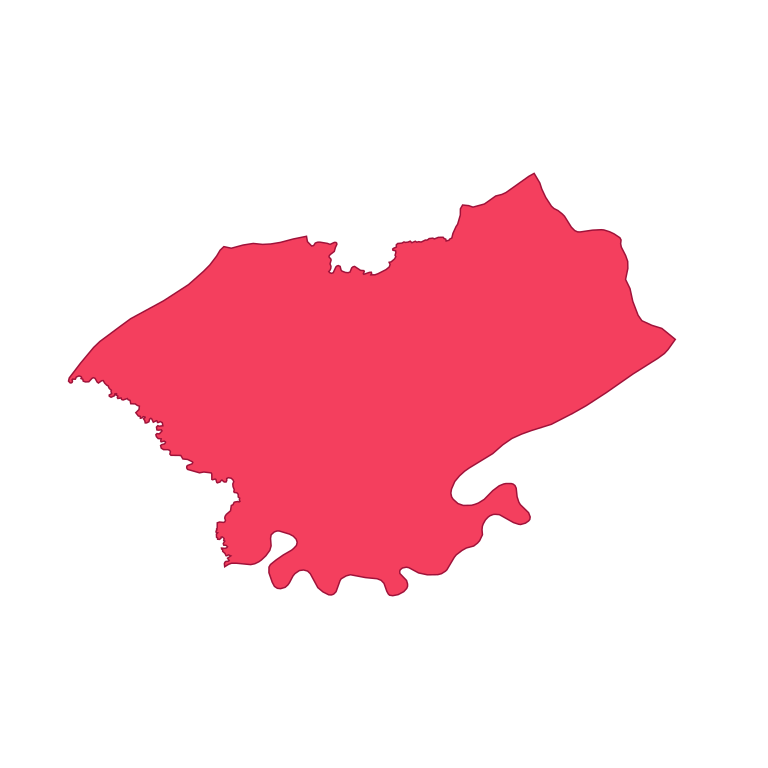 outline of Thung Khao Luang, Roi Et, Thailand, rotated 63°
{"feature_id": "78962969B71401871010357", "entity_name": "Thung Khao Luang", "entity_type": "district", "adm_level": 2, "iso_a3": "THA", "parent_name": "Thailand", "parent_adm1": "Roi Et", "projection": "equal_earth", "projection_center": [103.86, 15.995], "detail": "fine", "context": "isolated", "style": "filled", "palette": "rose", "viewbox_px": 768, "rotation_deg": 63, "n_neighbors": 0, "source": "geoboundaries", "source_scale": "gbopen_adm2", "svg_char_len": 6170}
<svg xmlns="http://www.w3.org/2000/svg" viewBox="0 0 768 768"><g transform="rotate(63 384 384)"><path d="M474.5,608.9L474.1,604.3L474.5,601.2L476.8,596.7L484.4,584.8L485.5,580.7L485.6,576.2L485.1,573.0L483.4,567.2L480.4,561.3L477.0,558.1L470.1,555.2L467.1,553.0L466.0,548.9L466.4,546.0L467.3,544.2L474.9,536.3L478.4,533.9L482.4,532.7L485.6,533.2L488.1,535.3L489.5,539.2L490.1,541.8L490.6,551.3L491.8,560.1L493.3,567.1L494.9,569.6L499.9,572.2L509.9,573.6L514.6,573.5L517.6,571.8L519.4,569.1L520.3,564.4L519.4,560.9L518.1,558.4L513.7,552.2L512.5,549.4L511.8,544.1L513.2,540.1L516.0,537.0L519.5,535.8L535.4,535.4L541.5,532.8L546.7,529.0L548.0,526.8L548.3,525.2L548.3,523.9L547.3,521.0L539.2,512.4L538.1,510.5L537.8,504.7L538.7,500.5L548.0,488.5L554.4,478.5L557.6,475.7L561.6,474.5L569.9,475.6L573.1,475.5L574.7,474.9L576.6,472.3L578.1,467.0L578.0,460.7L576.5,456.6L574.9,454.8L572.9,453.8L569.3,453.1L560.0,455.9L557.8,454.9L556.9,453.8L556.3,451.1L557.4,447.2L559.0,445.2L568.0,439.0L573.7,432.0L578.3,422.6L579.1,418.9L578.7,414.3L578.1,412.3L570.3,400.0L569.0,397.1L567.7,390.0L567.5,385.0L569.1,377.6L568.2,372.9L567.0,369.9L563.0,364.7L558.3,362.8L555.4,360.9L553.7,359.1L551.2,355.4L549.9,351.8L549.5,349.6L549.8,346.0L550.5,344.2L552.8,340.5L566.3,331.5L570.1,327.7L571.2,326.1L572.2,321.1L571.7,317.4L570.9,315.6L568.8,314.1L564.3,313.6L553.4,317.3L550.5,317.5L544.9,316.6L536.8,313.5L533.9,313.4L531.8,314.4L530.5,315.8L528.1,320.4L527.4,322.8L527.0,327.6L528.4,335.5L532.3,347.1L532.9,353.9L532.5,357.6L531.8,361.1L528.2,368.5L524.1,372.4L518.1,374.7L515.3,375.0L511.6,374.0L508.2,371.5L503.0,365.2L500.1,358.4L498.3,351.7L497.5,346.1L495.4,318.8L492.1,305.8L490.6,294.7L491.1,284.1L492.4,273.8L495.9,253.2L495.8,229.1L495.1,213.5L492.6,189.8L488.1,157.5L485.4,128.1L484.1,120.2L482.2,115.2L476.5,104.2L460.6,111.2L453.3,118.7L444.7,125.5L438.1,126.4L423.2,124.8L410.7,121.5L400.5,121.3L391.8,114.3L385.4,111.2L379.3,110.4L369.8,110.4L366.5,109.5L363.3,107.4L360.8,107.4L354.6,110.9L350.7,113.9L346.6,118.1L345.2,120.3L341.6,128.3L337.6,140.1L336.4,142.4L333.9,144.4L329.2,145.9L316.5,147.0L313.6,147.9L308.5,150.2L304.8,152.9L301.6,154.1L291.2,155.2L281.9,154.9L275.6,153.9L264.5,154.6L264.7,160.7L268.8,188.5L268.6,193.0L267.2,199.1L269.2,212.8L266.8,224.4L263.5,227.6L260.2,232.7L262.6,236.4L268.1,239.3L275.1,245.9L276.4,248.3L281.1,254.2L284.7,257.3L284.7,259.6L285.4,260.9L284.8,263.7L283.0,263.2L281.6,264.4L280.1,264.7L278.0,269.0L277.6,273.2L276.2,274.3L274.9,277.8L275.3,279.3L275.2,280.7L274.5,281.8L274.4,286.5L272.9,288.5L272.6,290.4L271.0,291.3L270.8,295.0L268.6,295.8L268.5,298.1L267.6,300.6L266.5,301.7L266.6,304.1L265.0,308.0L265.6,309.9L267.6,310.8L267.4,314.0L267.7,315.0L268.9,315.3L270.6,313.2L272.3,313.8L274.3,315.7L276.0,315.7L277.4,318.0L278.4,322.2L277.9,324.2L280.3,324.3L282.1,326.2L283.0,330.3L283.0,339.3L282.6,342.5L280.8,346.1L279.7,344.7L278.6,344.6L277.9,346.3L277.1,352.2L276.4,352.4L274.7,350.4L273.8,350.5L272.1,353.3L265.9,356.8L265.5,358.3L265.9,360.1L268.8,363.4L268.5,365.5L267.1,367.7L264.3,370.2L262.9,370.5L259.3,369.7L257.7,371.0L257.5,372.6L257.9,373.8L261.8,378.7L261.6,380.5L260.5,381.6L258.8,382.2L258.0,380.3L256.9,379.0L255.0,377.8L252.5,377.6L249.6,374.9L248.5,374.6L246.0,375.3L245.1,374.9L244.3,373.3L243.3,368.1L240.2,365.2L238.2,362.6L237.0,362.2L236.0,362.6L235.3,363.9L235.1,368.7L233.0,370.6L228.5,376.7L227.5,378.8L227.2,381.2L228.7,383.9L228.2,385.8L222.4,387.6L217.2,386.0L213.6,399.0L210.8,412.0L207.8,421.4L204.5,428.8L199.4,436.7L196.2,446.5L193.7,458.4L188.9,464.3L190.4,469.3L194.0,475.0L198.9,485.2L201.7,493.7L206.7,513.0L209.8,542.8L210.8,580.1L212.7,591.8L217.1,617.8L219.6,626.1L227.6,644.8L235.7,661.7L238.2,663.8L240.4,663.2L241.0,662.4L241.0,661.2L240.0,660.2L238.7,660.1L238.3,659.3L239.6,656.8L238.1,655.0L238.3,652.1L239.8,650.6L240.8,650.4L241.6,651.5L243.0,650.2L244.9,650.7L246.6,649.1L248.0,646.0L246.4,641.6L246.4,640.1L247.7,638.9L252.1,638.7L253.5,638.0L252.9,634.0L253.5,632.6L256.4,632.5L259.2,631.6L260.1,630.7L263.3,630.8L265.8,629.8L266.7,630.6L268.9,631.0L269.1,633.9L270.2,634.3L271.9,633.2L272.1,629.6L270.6,628.2L271.1,626.8L271.5,626.7L272.1,627.8L273.9,626.6L275.1,627.8L276.1,627.7L277.1,624.6L278.7,624.8L279.8,623.7L280.4,619.3L281.9,619.1L283.3,617.7L286.6,618.6L288.8,614.7L291.0,613.6L292.7,612.0L295.5,613.9L296.9,618.2L301.0,617.4L302.1,615.9L303.9,616.6L304.2,615.6L303.8,613.2L305.0,611.9L305.5,612.1L305.8,614.1L308.0,613.8L310.3,614.4L310.9,613.1L310.9,610.6L309.0,608.9L308.7,607.3L309.7,606.8L313.3,606.9L313.4,603.4L314.0,603.0L315.5,603.3L315.9,602.4L315.9,600.4L317.8,599.1L320.8,600.0L319.5,603.6L318.4,604.4L319.1,606.3L321.8,607.2L322.7,606.0L323.8,603.2L325.0,603.1L326.3,606.4L326.3,607.1L325.1,608.8L325.6,610.3L327.6,610.7L330.1,610.0L331.7,607.4L333.5,608.9L334.4,608.8L335.1,605.8L336.3,605.0L337.0,605.3L337.7,606.7L337.1,609.6L337.4,611.0L340.0,611.6L342.4,610.2L344.5,606.2L345.7,605.2L347.3,605.0L349.2,606.6L350.8,606.2L355.4,597.5L359.5,597.2L362.1,593.2L366.4,590.0L367.3,590.1L368.0,591.4L367.4,595.7L367.7,597.0L369.2,597.9L370.9,597.8L379.4,588.7L380.6,584.5L384.7,578.4L386.0,578.3L390.8,580.7L391.5,580.2L392.0,577.7L392.7,577.1L395.7,577.7L396.4,577.4L396.9,574.6L396.0,572.8L396.0,572.0L398.7,570.9L399.6,569.2L398.6,567.9L396.8,567.1L396.8,565.2L398.6,562.9L400.9,562.1L402.8,562.2L404.4,564.1L406.9,565.1L410.1,565.4L411.8,566.7L412.7,566.6L414.1,564.5L416.1,564.0L418.5,565.2L420.2,564.4L421.6,565.5L423.2,565.6L423.3,566.7L422.3,567.7L421.4,570.6L421.4,571.3L423.0,573.3L422.9,575.2L427.3,578.3L428.6,583.7L429.7,585.6L431.2,586.8L433.6,587.2L434.6,588.5L434.5,589.8L432.3,593.2L432.0,595.6L436.6,598.0L437.2,599.1L438.0,599.0L438.9,600.5L440.1,600.9L441.1,599.8L441.7,601.5L444.6,602.8L445.7,602.2L446.8,602.7L447.8,601.1L447.4,599.2L446.5,598.6L446.9,597.4L449.1,596.6L450.7,597.9L451.7,597.2L453.1,599.6L454.8,600.0L456.0,598.0L458.0,597.3L458.5,598.5L458.3,600.2L456.4,603.3L457.3,603.6L458.4,603.0L459.9,603.7L462.8,602.6L465.3,602.7L465.7,602.0L465.6,600.2L467.6,598.5L468.2,602.5L471.0,602.1L471.2,603.2L470.3,605.4L470.6,606.7L471.6,607.8L474.5,608.9Z" fill="#f43f5e" stroke="#9f1239" stroke-width="1.5"/></g></svg>